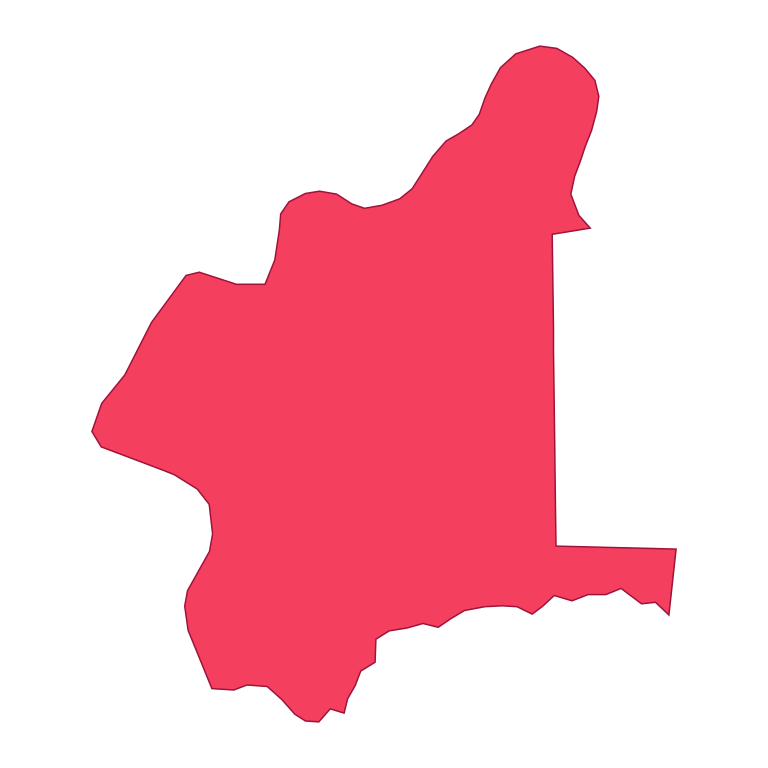 outline of Nova Pádua, Rio Grande do Sul, Brazil
{"feature_id": "56859067B79923254105734", "entity_name": "Nova Pádua", "entity_type": "district", "adm_level": 2, "iso_a3": "BRA", "parent_name": "Brazil", "parent_adm1": "Rio Grande do Sul", "projection": "albers", "projection_center": [-51.311, -28.996], "detail": "fine", "context": "isolated", "style": "filled", "palette": "rose", "viewbox_px": 768, "rotation_deg": 0, "n_neighbors": 0, "source": "geoboundaries", "source_scale": "gbopen_adm2", "svg_char_len": 1285}
<svg xmlns="http://www.w3.org/2000/svg" viewBox="0 0 768 768"><path d="M279.4,229.6L274.8,260.0L265.0,284.3L236.3,284.3L199.3,272.2L186.1,275.4L151.5,322.4L124.9,374.8L101.7,403.4L91.9,431.5L101.2,446.9L116.9,452.8L161.4,469.6L174.1,474.6L197.3,489.1L209.2,504.4L212.6,534.0L209.5,551.4L187.5,590.7L184.7,606.1L188.1,630.3L211.9,688.6L233.8,690.0L247.0,685.0L267.2,686.5L282.1,699.8L294.8,714.2L305.4,721.0L318.8,721.9L330.2,708.9L344.1,713.1L347.7,698.6L355.2,685.6L360.7,671.1L375.1,662.2L375.9,639.2L389.1,630.9L407.4,627.9L422.9,623.5L438.2,627.3L450.6,618.8L464.5,610.5L484.7,606.7L502.2,605.8L517.0,606.7L532.2,614.1L542.8,606.1L554.2,595.5L572.0,600.8L588.0,594.6L605.8,594.6L621.1,588.4L641.5,603.8L655.5,602.3L668.9,615.0L676.1,549.1L556.0,546.1L555.0,471.0L554.7,443.0L553.5,350.5L553.5,328.3L552.2,234.3L590.2,228.1L578.9,215.4L570.8,194.1L574.7,176.1L580.2,161.6L585.3,146.3L591.6,130.3L596.7,111.4L598.8,96.3L594.9,80.4L584.9,68.3L573.0,57.6L556.9,48.4L539.9,46.1L515.8,53.8L500.5,67.6L491.2,84.2L484.8,98.4L479.3,114.3L471.8,125.0L458.1,134.1L446.2,140.9L432.8,156.3L421.4,174.3L412.1,188.8L399.7,198.8L381.8,205.3L364.5,208.3L351.8,203.9L336.6,194.1L319.5,191.2L305.3,193.5L289.0,201.8L280.7,213.9L279.4,229.6Z" fill="#f43f5e" stroke="#9f1239" stroke-width="1.5"/></svg>